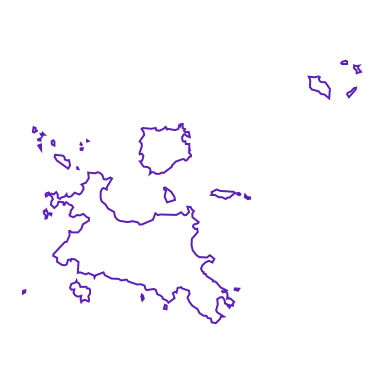 Ukerewe, Mwanza, United Republic of Tanzania (Mercator projection)
{"feature_id": "72390352B65036310172855", "entity_name": "Ukerewe", "entity_type": "district", "adm_level": 2, "iso_a3": "TZA", "parent_name": "United Republic of Tanzania", "parent_adm1": "Mwanza", "projection": "mercator", "projection_center": [33.011, -1.921], "detail": "fine", "context": "isolated", "style": "outline", "palette": "violet", "viewbox_px": 384, "rotation_deg": 0, "n_neighbors": 0, "source": "geoboundaries", "source_scale": "gbopen_adm2", "svg_char_len": 5906}
<svg xmlns="http://www.w3.org/2000/svg" viewBox="0 0 384 384"><path d="M95.2,173.3L88.2,172.6L88.8,178.2L86.0,182.6L81.5,184.5L83.3,186.6L83.6,188.8L81.2,193.1L79.3,194.5L74.6,192.7L71.3,196.3L68.8,196.9L67.0,196.1L66.6,194.2L64.7,196.6L61.3,197.5L60.0,198.9L57.7,197.6L57.8,194.6L56.2,192.1L53.8,194.4L51.4,193.6L50.1,194.4L48.8,192.5L46.3,193.3L45.5,194.5L46.1,196.5L49.0,194.4L51.8,196.5L52.9,199.3L51.6,200.8L50.9,204.7L54.4,208.0L57.4,205.2L58.6,201.7L63.1,202.2L63.6,204.8L64.6,204.8L65.4,202.5L66.5,202.2L69.1,204.5L71.7,205.3L73.2,207.4L70.6,211.0L70.6,213.2L69.4,214.6L70.0,215.9L73.6,217.2L77.0,215.0L79.9,215.4L83.2,213.9L86.8,217.1L89.0,218.0L88.8,220.7L82.9,224.3L81.3,228.9L78.1,232.4L71.7,232.4L70.2,230.9L69.2,231.1L69.6,235.4L66.8,241.7L64.8,242.1L53.5,254.1L53.2,255.8L57.1,257.9L57.1,261.8L62.0,264.9L64.9,265.3L66.7,264.3L68.0,259.9L70.1,259.6L70.8,260.7L71.5,259.0L74.5,259.2L78.5,261.9L77.8,272.9L79.9,272.3L85.8,274.3L88.4,273.1L94.1,275.6L94.5,277.5L95.7,275.3L103.5,272.4L104.8,275.2L111.7,278.6L118.6,278.9L121.1,280.4L126.7,279.6L128.1,281.4L137.1,284.5L140.9,284.2L144.5,285.6L145.5,289.1L146.8,290.1L153.5,289.0L155.7,289.7L157.2,294.1L160.7,295.7L162.4,297.1L162.7,298.7L166.9,300.6L168.4,302.7L174.5,298.2L172.9,293.1L175.3,291.7L176.6,292.6L177.6,288.0L181.2,287.2L182.1,288.4L189.0,290.7L189.5,294.0L187.5,297.4L189.2,301.5L192.3,305.7L197.4,309.0L199.6,313.2L203.7,315.8L206.4,315.8L207.9,318.1L210.8,318.5L211.7,322.3L215.7,323.2L220.2,318.8L220.8,316.8L223.7,316.5L217.3,312.4L216.1,310.2L217.8,304.5L217.2,299.2L220.2,297.3L222.5,297.2L224.5,299.8L225.0,303.5L226.5,303.9L228.0,306.1L228.3,304.8L229.5,305.2L229.8,307.2L231.3,305.1L232.3,305.0L233.3,306.4L232.7,303.9L234.2,301.9L230.4,298.6L228.9,298.7L228.6,297.8L227.1,298.5L227.5,294.7L226.8,292.2L225.0,291.7L222.9,292.4L221.6,290.6L223.6,291.6L226.4,290.3L220.7,287.5L216.4,282.5L214.7,281.3L213.0,281.5L212.9,280.1L206.5,276.0L205.7,273.9L203.6,273.6L203.7,272.2L202.3,271.4L201.0,268.7L202.5,265.1L205.8,262.2L208.9,260.8L212.4,262.5L214.3,258.9L209.9,255.2L206.9,257.5L199.3,257.1L196.6,255.3L192.7,250.4L191.5,244.9L191.9,238.8L197.7,232.1L197.2,228.7L195.1,229.0L192.9,226.6L193.7,224.6L198.1,223.2L198.7,222.1L192.5,217.3L192.3,213.7L193.9,211.0L192.0,209.7L190.6,207.0L187.4,206.7L189.1,212.1L186.2,215.0L184.3,215.2L181.1,212.3L176.4,214.9L160.3,214.5L157.9,215.1L155.4,213.3L152.9,219.8L141.7,224.5L139.5,224.5L138.1,222.5L132.8,221.2L127.7,222.1L120.0,220.9L117.2,219.5L115.0,216.6L114.0,211.9L108.0,208.5L105.4,204.3L101.8,201.6L100.6,198.1L100.7,191.7L102.2,188.7L103.7,188.1L106.8,189.5L106.8,187.3L112.0,178.5L110.3,177.5L106.0,179.6L103.7,179.1L102.4,175.1L99.9,172.9L97.9,172.2L95.2,173.3ZM182.7,124.0L180.8,124.2L180.2,126.3L179.2,125.3L178.3,129.0L174.9,130.1L167.7,128.8L167.1,129.4L165.6,126.9L163.6,128.8L159.4,130.7L156.4,130.3L155.7,128.0L151.0,128.8L142.7,128.0L141.6,129.0L143.5,131.6L144.2,134.9L139.6,141.4L141.7,143.6L141.8,146.4L139.5,153.3L139.8,154.3L142.1,153.8L143.4,156.2L142.3,160.2L141.3,161.4L140.0,161.4L143.6,166.6L147.6,167.1L149.9,168.4L150.5,170.7L149.8,173.9L151.8,172.2L153.8,172.3L156.3,173.9L159.7,173.8L161.6,172.6L163.7,172.9L171.7,166.9L172.0,165.5L175.8,161.6L182.6,159.1L183.9,159.1L185.4,160.6L186.7,160.3L189.6,156.6L190.9,156.5L191.0,154.9L189.0,152.6L189.2,150.4L189.9,150.3L189.5,149.4L190.4,149.3L189.3,149.0L189.3,144.0L185.9,144.1L185.3,141.2L183.6,141.6L182.6,140.8L182.0,137.4L183.8,134.5L184.9,134.2L186.9,136.1L189.8,137.1L188.7,131.9L185.3,132.2L183.9,130.6L185.1,129.2L182.6,128.0L182.7,124.0ZM319.8,77.2L318.4,76.4L314.5,77.3L308.8,76.7L310.2,79.9L310.0,87.2L311.9,89.5L318.6,91.3L320.8,93.8L324.6,94.6L329.2,98.4L329.9,88.9L325.3,82.3L321.2,82.0L319.7,81.0L318.8,79.0L319.8,77.2ZM79.2,283.5L76.9,282.1L76.5,280.6L75.6,282.4L71.3,284.0L70.0,287.9L71.4,289.7L74.3,289.4L73.5,292.8L75.2,295.4L78.0,296.7L81.3,295.8L80.6,299.4L81.3,302.2L83.0,300.3L85.0,299.9L88.6,301.5L89.1,299.4L88.3,296.4L90.1,293.6L90.0,289.6L89.2,288.6L86.9,288.4L86.4,286.8L80.4,286.9L79.2,283.5ZM216.7,189.5L211.6,192.1L212.1,194.0L211.3,194.9L215.3,195.1L218.7,197.2L221.9,197.2L225.7,199.0L227.8,197.5L229.4,197.6L235.1,192.9L233.5,191.8L220.2,190.9L216.7,189.5ZM63.0,155.7L55.1,154.8L54.6,156.9L56.8,160.5L68.2,168.6L70.1,165.2L68.9,160.1L67.2,160.5L64.9,159.6L64.4,157.0L63.0,155.7ZM175.0,199.9L174.3,196.5L171.1,191.7L165.2,187.5L164.0,187.8L164.3,189.7L166.0,190.6L164.6,196.7L167.1,202.4L175.0,199.9ZM348.9,97.2L355.6,89.7L356.0,87.7L353.9,88.2L351.0,91.3L347.7,92.9L347.1,94.3L348.9,97.2ZM359.0,65.7L356.3,66.2L354.2,65.4L354.0,68.2L356.5,70.4L356.7,73.2L361.0,71.8L358.3,68.6L358.0,66.8L359.0,65.7ZM48.1,213.7L46.2,209.5L45.3,211.1L44.3,210.6L43.7,211.5L44.1,213.6L45.6,215.1L45.5,218.6L46.7,218.3L48.1,213.7ZM347.0,64.0L347.1,61.5L345.6,60.8L342.2,61.8L341.2,63.1L342.1,64.0L347.0,64.0ZM33.6,127.2L32.9,131.9L34.4,132.5L35.8,131.0L37.5,131.3L35.8,130.0L35.6,128.0L33.6,127.2ZM54.4,145.6L54.5,141.9L53.4,140.3L51.7,141.2L51.6,142.9L52.3,144.7L54.4,145.6ZM247.1,197.0L245.2,194.8L244.8,197.1L248.0,199.2L250.2,198.6L250.1,197.4L247.1,197.0ZM142.8,295.3L141.8,294.6L141.3,296.5L142.3,300.4L143.8,298.8L142.8,295.3ZM166.5,309.3L166.7,305.6L165.0,304.9L163.8,308.7L166.5,309.3ZM41.1,149.8L41.0,144.5L38.3,145.5L41.1,149.8ZM44.4,134.7L42.6,132.9L42.3,134.2L40.8,134.1L42.1,136.4L43.2,134.6L44.4,134.7ZM239.2,288.7L235.0,288.4L234.6,289.8L238.0,290.7L239.2,288.7ZM240.1,194.9L240.4,194.1L239.0,192.9L236.3,193.4L238.6,195.1L240.1,194.9ZM25.3,290.3L23.1,290.8L23.0,293.5L25.2,292.2L25.3,290.3ZM40.6,138.3L38.0,139.4L38.3,140.3L40.5,140.7L40.6,138.3ZM82.3,150.0L82.8,148.2L80.6,148.4L80.7,149.9L82.3,150.0ZM50.0,213.2L49.6,214.2L51.1,215.2L51.5,213.5L50.0,213.2ZM78.4,169.1L77.6,167.3L77.1,167.3L77.3,168.9L78.4,169.1ZM81.5,145.1L81.8,144.5L80.9,143.4L80.5,144.6L81.5,145.1ZM87.1,141.5L88.4,141.1L87.1,140.2L87.1,141.5Z" fill="none" stroke="#5b21b6" stroke-width="2"/></svg>